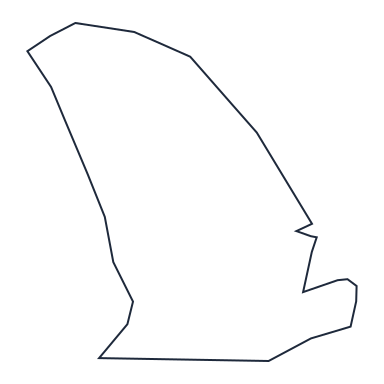 outline of Kalungu
{"feature_id": "UGA-5620", "entity_name": "Kalungu", "entity_type": "District", "adm_level": 1, "iso_a3": "UGA", "parent_name": "Uganda", "parent_adm1": "", "projection": "orthographic", "projection_center": [31.834, -0.095], "detail": "fine", "context": "isolated", "style": "outline", "palette": "slate", "viewbox_px": 384, "rotation_deg": 0, "n_neighbors": 0, "source": "natural_earth", "source_scale": "10m", "svg_char_len": 473}
<svg xmlns="http://www.w3.org/2000/svg" viewBox="0 0 384 384"><path d="M232.8,105.3L256.8,132.6L312.0,223.8L296.4,231.1L310.8,236.2L316.7,237.3L311.8,252.0L303.1,292.1L337.6,280.2L347.5,279.2L356.6,286.0L356.2,301.3L350.6,326.6L311.0,338.4L268.6,361.0L99.1,358.1L127.4,324.2L133.0,301.6L113.3,262.1L104.8,216.9L87.8,174.5L65.2,120.9L51.1,87.0L27.4,51.2L50.1,36.0L75.3,23.0L134.2,32.0L171.0,48.2L190.2,56.7L232.8,105.3Z" fill="none" stroke="#1e293b" stroke-width="2"/></svg>